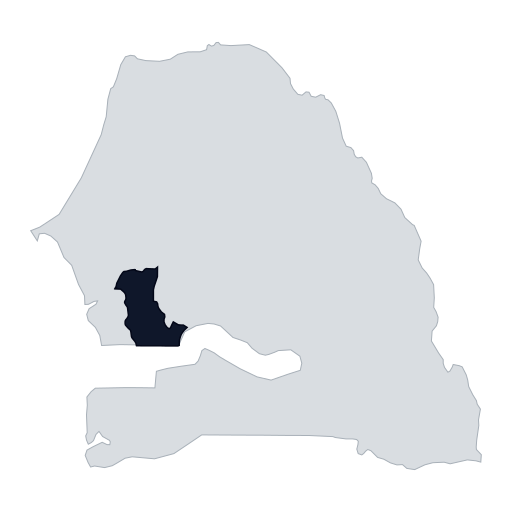 Senegal, with Kaolack highlighted
{"feature_id": "SEN-765", "entity_name": "Kaolack", "entity_type": "Region", "adm_level": 1, "iso_a3": "SEN", "parent_name": "Senegal", "parent_adm1": "", "projection": "equal_earth", "projection_center": [-15.993, 13.984], "detail": "fine", "context": "in_parent", "style": "filled", "palette": "ink", "viewbox_px": 512, "rotation_deg": 0, "n_neighbors": 0, "source": "natural_earth", "source_scale": "10m", "svg_char_len": 4359}
<svg xmlns="http://www.w3.org/2000/svg" viewBox="0 0 512 512"><path d="M414.2,225.4L421.1,241.2L419.7,248.8L418.2,259.9L422.1,267.9L426.7,273.1L430.0,278.0L433.6,284.6L434.3,297.9L433.7,307.4L436.1,311.7L438.1,317.2L437.7,321.7L436.4,325.8L432.1,331.1L431.4,341.0L438.6,353.0L443.2,359.6L443.2,363.3L444.5,367.4L447.9,372.2L449.9,371.1L452.2,367.2L453.2,364.5L459.3,365.7L462.2,366.9L466.2,374.8L467.7,380.0L468.7,386.6L472.8,394.8L476.4,400.6L477.2,404.2L480.4,409.1L478.5,419.9L478.8,425.5L476.7,440.1L476.2,447.0L476.4,449.5L481.3,454.7L480.8,462.1L475.9,460.8L467.3,459.9L450.1,463.8L444.2,462.2L432.9,462.7L424.9,464.8L414.7,469.6L406.8,468.4L402.5,464.6L396.9,464.9L390.5,462.9L383.8,459.2L377.6,457.4L370.9,450.7L367.8,449.5L365.6,451.2L363.7,453.5L361.8,454.9L358.2,453.6L356.8,449.1L357.9,444.7L358.3,441.3L356.6,439.5L352.5,438.9L345.9,438.9L335.3,437.5L332.9,436.6L309.2,435.5L284.6,435.4L263.7,435.2L237.4,435.1L218.9,435.0L201.7,434.9L188.4,443.9L173.9,453.6L154.5,458.8L132.2,456.8L125.1,458.2L117.7,462.6L112.3,465.7L104.6,467.6L94.6,466.0L90.6,467.0L88.1,462.5L85.2,455.4L87.0,450.1L93.1,446.7L102.2,442.3L107.0,444.6L109.8,444.7L110.3,441.8L109.4,440.3L102.6,436.5L99.0,431.4L96.0,434.4L93.5,440.6L91.4,442.5L88.3,444.2L86.5,440.0L85.7,435.9L87.2,432.7L86.5,414.9L87.3,405.3L86.9,397.0L91.2,391.6L95.3,388.2L111.2,387.9L126.1,387.6L140.4,387.7L154.9,387.9L156.4,371.3L161.0,370.0L167.9,368.3L180.7,366.3L195.0,364.3L198.1,361.1L200.4,355.6L201.9,350.6L204.9,348.5L208.9,350.2L214.1,352.8L219.6,356.8L225.8,360.5L230.0,362.9L240.0,368.7L257.1,376.9L271.1,380.1L288.1,374.2L300.3,370.3L301.8,363.2L299.9,356.2L290.8,349.8L278.3,350.6L274.5,352.3L268.8,354.4L265.3,355.2L259.4,353.7L252.0,348.2L247.3,342.7L240.8,340.1L233.0,337.5L220.6,326.0L214.1,324.0L208.0,323.4L196.2,325.7L184.7,331.8L178.6,345.6L167.1,345.4L142.7,345.0L120.2,344.6L101.6,345.5L99.8,335.5L95.4,327.4L88.3,320.6L86.7,314.3L89.1,308.7L96.0,304.2L97.6,300.9L94.0,301.4L88.5,304.3L84.9,304.5L84.5,295.7L78.5,284.4L71.7,265.3L64.0,257.5L57.5,242.0L50.8,236.0L44.6,233.3L39.3,233.8L37.3,240.9L30.7,230.7L39.8,227.1L59.1,214.4L81.3,177.9L101.2,134.7L103.8,124.6L106.2,116.8L107.9,99.2L110.7,88.7L113.4,86.8L116.7,78.7L120.8,64.6L125.4,56.8L130.5,55.3L134.6,55.9L137.4,58.8L145.8,60.6L159.6,61.3L170.3,59.2L177.9,54.3L187.8,51.9L200.2,51.8L206.6,49.7L207.3,45.7L208.9,44.5L211.4,46.1L213.8,45.5L216.1,42.6L218.4,42.4L220.6,44.9L230.9,45.6L249.3,44.6L266.3,52.0L282.0,67.8L290.0,78.3L290.5,83.6L293.2,88.9L297.8,94.3L302.1,95.2L306.0,91.9L309.0,92.2L311.2,96.3L315.7,97.2L320.6,94.7L324.1,95.5L324.8,98.0L325.6,99.3L328.0,99.8L331.3,103.0L335.8,111.3L339.5,123.1L342.5,138.1L346.2,146.2L350.9,147.6L353.6,150.7L354.2,154.2L355.6,156.7L357.8,158.0L361.8,157.2L366.4,162.3L371.4,173.3L372.2,178.3L371.5,181.0L371.8,182.9L375.1,184.8L378.2,188.4L380.8,193.8L386.4,198.7L394.9,202.9L401.0,209.2L404.8,217.6L412.6,224.7L414.2,225.4Z" fill="#d9dde1" stroke="#a8b0b8" stroke-width="1"/><path d="M179.5,340.2L179.3,341.5L179.2,345.4L178.0,345.9L174.4,345.9L169.9,345.9L165.4,345.9L160.8,345.8L156.3,345.8L151.7,345.8L147.2,345.8L142.6,345.8L138.1,345.7L136.5,345.7L136.3,345.0L135.9,343.1L134.9,341.4L132.5,338.5L131.9,337.6L131.5,336.6L131.3,335.2L130.9,332.0L130.6,330.7L130.2,329.9L129.6,329.4L128.5,328.5L126.2,325.9L125.4,324.9L125.2,324.1L125.1,323.3L125.1,321.8L125.2,321.1L125.4,320.5L125.8,319.8L126.9,318.6L127.7,317.2L128.1,316.5L128.3,315.7L128.4,315.0L128.3,314.2L127.5,307.5L127.0,306.5L126.1,305.4L124.7,302.9L124.6,302.1L124.8,301.3L125.6,299.9L125.9,299.1L126.0,298.0L125.9,296.8L125.6,294.6L125.1,293.6L124.6,292.8L123.6,291.7L121.5,289.9L121.1,289.5L120.7,289.2L120.3,289.1L115.6,288.9L116.1,288.4L115.0,288.4L116.1,286.5L116.8,283.2L120.4,276.0L122.5,272.9L123.3,272.0L124.0,271.5L126.4,271.3L130.8,270.0L134.5,269.6L135.2,269.7L135.2,270.2L135.6,270.6L141.8,272.0L143.3,271.3L144.6,269.5L146.2,268.6L149.7,268.8L155.2,269.0L157.5,267.1L157.4,276.6L156.0,280.9L154.2,286.2L153.4,289.8L153.4,296.2L153.4,301.2L156.6,301.9L157.6,303.7L157.9,306.2L158.7,308.3L161.3,311.9L164.5,314.4L164.8,316.9L164.0,319.4L164.0,321.9L165.1,324.8L167.2,327.6L169.0,328.7L170.4,328.0L171.7,325.1L173.3,321.9L178.3,324.8L181.3,325.1L183.4,325.1L187.1,327.4L184.0,330.4L181.7,333.6L180.9,335.3L180.2,337.3L179.6,339.5L179.5,340.2Z" fill="#0f172a" stroke="#020617" stroke-width="1.5"/></svg>